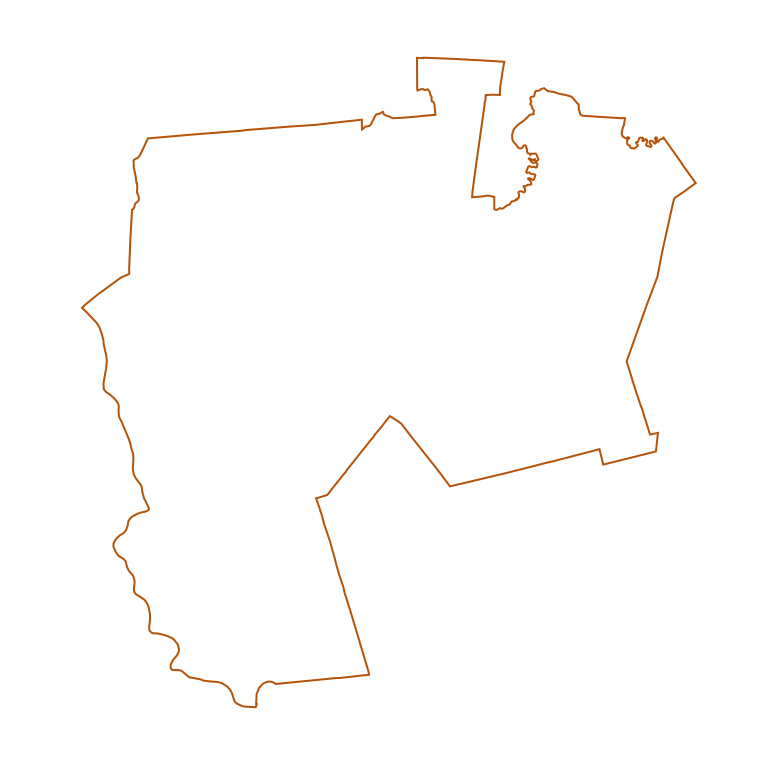 Sacosu Turcesc, Timis, Romania, rotated 272°
{"feature_id": "2599482B45296566917183", "entity_name": "Sacosu Turcesc", "entity_type": "district", "adm_level": 2, "iso_a3": "ROU", "parent_name": "Romania", "parent_adm1": "Timis", "projection": "mercator", "projection_center": [21.404, 45.631], "detail": "fine", "context": "isolated", "style": "outline", "palette": "amber", "viewbox_px": 768, "rotation_deg": 272, "n_neighbors": 0, "source": "geoboundaries", "source_scale": "gbopen_adm2", "svg_char_len": 6109}
<svg xmlns="http://www.w3.org/2000/svg" viewBox="0 0 768 768"><g transform="rotate(272 384 384)"><path d="M639.8,654.4L639.0,653.9L638.3,652.1L637.3,650.5L636.1,650.0L635.7,649.6L635.6,649.2L635.7,648.6L636.4,648.1L639.4,648.2L639.9,647.9L639.9,646.9L639.0,646.3L635.4,647.2L634.5,647.3L633.8,646.7L633.9,645.7L636.2,643.8L636.4,642.6L636.3,641.7L635.6,641.0L634.1,641.1L632.4,642.5L631.2,642.9L630.4,642.6L630.2,642.0L631.3,638.1L631.6,637.7L632.8,637.6L635.6,638.6L637.3,638.1L637.7,637.6L637.7,636.7L636.3,635.6L635.8,634.4L636.4,633.7L638.4,634.5L638.8,634.3L639.1,633.6L639.1,631.1L638.7,630.6L634.8,629.2L634.5,627.6L634.1,627.5L633.5,627.7L631.7,629.2L630.7,629.1L628.3,626.5L628.1,625.1L628.3,624.2L628.3,622.9L628.9,622.0L631.0,621.2L631.1,619.8L632.1,618.9L635.6,618.3L636.5,618.5L638.0,620.4L638.6,620.4L639.2,619.1L637.9,617.6L638.1,616.6L639.4,614.4L641.6,612.9L643.7,612.9L649.2,613.8L649.8,614.4L651.1,614.7L657.9,615.6L658.2,615.2L657.9,611.6L659.0,573.0L660.6,570.6L664.3,569.6L664.8,569.1L670.3,568.8L670.6,568.0L677.3,561.9L677.8,560.9L679.4,554.7L679.5,552.9L680.2,549.1L681.7,543.6L682.5,537.4L685.2,533.7L684.4,530.8L683.2,529.8L682.7,528.8L682.2,525.6L681.2,524.9L676.7,523.9L676.1,521.3L675.6,520.6L674.9,520.3L673.2,520.6L670.9,521.4L669.5,520.5L668.9,520.4L667.3,521.8L664.7,522.6L662.5,524.3L660.7,523.8L659.1,524.2L658.7,523.5L658.3,520.8L657.7,519.9L652.9,515.5L650.0,512.0L649.2,510.5L647.7,508.9L645.0,506.4L642.8,504.7L637.6,503.3L633.2,503.7L631.3,504.4L627.6,507.9L624.9,509.8L624.2,511.1L624.2,512.5L625.0,514.1L626.8,515.0L627.5,516.2L627.4,516.9L627.1,517.5L626.1,518.0L624.8,517.9L623.7,518.8L621.2,518.9L619.6,519.6L619.4,521.1L619.1,521.6L618.0,522.2L619.4,523.3L619.2,524.4L619.6,527.1L619.4,527.7L618.8,528.3L614.1,530.4L613.6,530.3L612.5,529.4L612.1,528.6L612.1,528.0L612.7,527.2L614.0,526.9L613.9,526.4L613.1,525.4L613.0,524.7L614.5,521.8L614.5,521.0L614.2,520.8L612.7,522.7L611.4,523.2L610.9,524.2L610.3,524.7L610.1,525.2L610.7,527.0L610.8,527.8L610.0,528.9L609.3,529.6L608.5,529.7L606.1,529.1L605.6,528.2L606.4,526.5L605.8,523.7L606.7,522.4L606.8,521.9L606.7,521.2L606.0,520.5L600.8,518.7L600.4,518.9L599.9,519.7L600.5,521.4L600.5,522.0L599.3,523.2L598.9,524.6L598.8,527.1L598.3,527.8L597.8,528.0L596.3,527.6L594.0,526.8L593.2,526.3L593.2,525.2L594.0,524.2L594.8,522.2L594.5,520.9L593.8,520.9L591.8,523.3L590.6,524.0L588.9,524.2L588.2,523.2L588.2,521.6L587.9,520.4L586.5,518.1L586.7,516.8L585.9,516.7L585.0,517.5L583.2,518.4L581.1,518.1L580.6,517.7L580.5,516.6L581.3,514.7L581.4,513.4L581.3,513.0L580.5,511.8L579.5,511.7L577.8,512.4L576.3,512.4L575.0,512.1L573.0,510.5L573.6,510.3L571.3,507.5L570.8,505.0L567.9,503.4L566.5,500.3L563.6,496.8L563.3,495.5L563.7,493.9L563.7,493.4L562.0,490.8L562.0,489.5L562.6,488.1L574.7,487.7L575.8,483.3L575.8,479.9L575.1,477.3L573.7,465.5L573.9,465.5L579.2,465.7L602.6,468.0L663.0,474.4L666.9,474.8L668.4,474.7L670.2,475.3L673.5,475.5L673.8,475.7L676.3,475.6L676.9,482.4L676.9,489.7L684.9,489.8L700.8,491.6L710.2,493.0L710.6,481.2L711.3,445.6L711.5,412.0L711.1,411.9L711.1,405.6L679.4,406.9L678.4,407.4L679.4,408.9L680.1,411.6L680.1,412.6L679.5,413.5L679.2,414.8L680.0,417.5L678.2,419.0L677.2,419.6L674.4,420.3L673.1,421.4L671.8,421.6L669.1,421.6L667.9,422.3L667.8,423.4L665.3,424.6L654.8,426.0L653.2,412.7L652.8,410.1L651.1,397.1L649.9,383.5L651.4,380.2L652.3,376.8L653.3,374.7L654.1,374.0L655.6,373.8L655.9,373.6L656.0,373.2L653.9,369.9L653.1,366.8L651.6,365.8L643.5,362.1L642.0,361.1L641.3,360.0L640.4,356.1L637.6,353.4L637.5,353.1L647.4,352.6L640.5,305.8L638.2,282.9L633.5,241.7L632.9,236.2L632.3,234.1L626.7,184.6L621.2,139.4L612.9,136.0L604.4,132.2L602.4,130.9L601.3,129.8L599.6,126.6L598.7,125.9L591.6,126.4L583.7,128.4L576.3,129.6L576.2,130.2L571.1,130.6L567.0,130.4L562.6,132.3L560.7,132.6L558.9,132.4L557.7,131.5L555.9,129.3L554.1,128.6L551.8,128.3L549.9,127.0L549.4,126.1L521.8,125.5L490.1,125.3L485.2,125.6L481.5,118.0L478.8,114.3L463.2,94.5L452.1,81.8L451.3,81.3L449.6,79.5L445.6,84.0L435.0,94.8L430.7,97.6L424.0,100.3L418.4,101.9L413.4,102.6L402.8,105.4L397.2,106.2L389.7,105.7L374.6,103.6L369.0,104.2L366.4,106.4L363.9,110.4L360.7,114.4L357.2,117.6L355.0,119.0L352.2,119.8L348.3,119.6L343.3,120.1L341.1,120.8L336.2,123.5L320.5,130.7L316.1,132.4L310.3,133.9L305.1,135.8L300.3,136.2L290.7,135.9L285.8,136.8L283.5,137.8L280.5,139.7L274.1,144.9L271.8,145.6L267.4,146.3L261.1,148.3L258.9,149.7L251.6,153.4L250.1,153.2L249.1,151.9L248.1,149.9L247.3,146.4L245.7,141.9L242.3,136.5L241.7,135.9L238.3,133.4L232.9,132.6L229.3,131.5L226.5,129.4L224.8,127.5L224.1,126.0L222.6,124.3L220.6,122.3L218.1,120.5L215.0,119.2L212.0,119.3L206.8,121.8L203.8,124.0L202.4,125.6L200.1,129.8L198.2,131.6L196.7,132.3L192.1,133.6L189.7,134.8L187.6,136.3L183.7,139.9L180.0,141.2L177.9,141.6L175.6,141.7L170.5,141.1L168.8,141.3L166.6,142.2L165.5,143.2L160.1,152.0L157.4,154.3L153.2,156.4L145.6,158.2L140.6,158.4L132.4,157.8L129.4,158.2L127.5,160.2L126.8,161.6L126.8,166.0L126.1,170.2L124.8,175.5L122.5,181.4L120.9,183.3L116.2,187.2L111.4,188.4L109.0,188.1L105.5,186.5L100.8,182.8L96.4,180.7L93.8,180.5L91.6,181.4L91.1,181.8L90.7,183.1L91.0,188.4L90.4,191.5L84.3,199.3L84.0,200.4L82.5,210.6L81.2,214.4L80.7,220.2L80.4,228.2L79.4,232.3L76.1,238.1L72.2,241.5L69.5,242.9L63.3,245.1L61.1,246.1L59.5,248.1L57.1,253.6L56.7,256.9L56.5,267.0L58.9,267.9L59.8,268.0L59.8,267.4L69.6,267.5L76.3,269.9L80.4,273.7L81.4,275.5L82.6,278.6L82.5,282.3L81.2,285.1L80.4,286.0L88.6,347.5L88.4,348.2L92.9,379.2L96.2,378.5L156.9,358.0L174.3,351.8L179.7,350.5L189.7,346.6L201.2,342.8L207.5,341.0L224.9,335.5L242.4,328.9L249.1,327.0L259.8,323.1L267.3,320.1L271.1,331.1L292.0,346.5L294.6,348.7L296.6,349.8L329.3,374.0L330.2,375.0L333.1,376.6L338.9,381.3L352.1,390.9L348.7,396.9L345.0,402.6L334.0,411.7L298.5,441.9L284.0,453.5L299.5,510.0L311.9,552.4L311.7,552.5L326.4,601.6L311.1,605.9L326.1,658.1L344.7,659.5L342.8,651.6L369.6,642.2L370.4,641.7L386.3,635.7L415.0,625.7L472.7,644.0L500.4,653.4L526.2,657.5L575.5,666.6L579.9,667.8L586.3,676.6L595.7,688.5L614.1,674.2L614.5,674.2L639.3,655.3L639.0,655.1L639.8,654.4Z" fill="none" stroke="#b45309" stroke-width="2"/></g></svg>